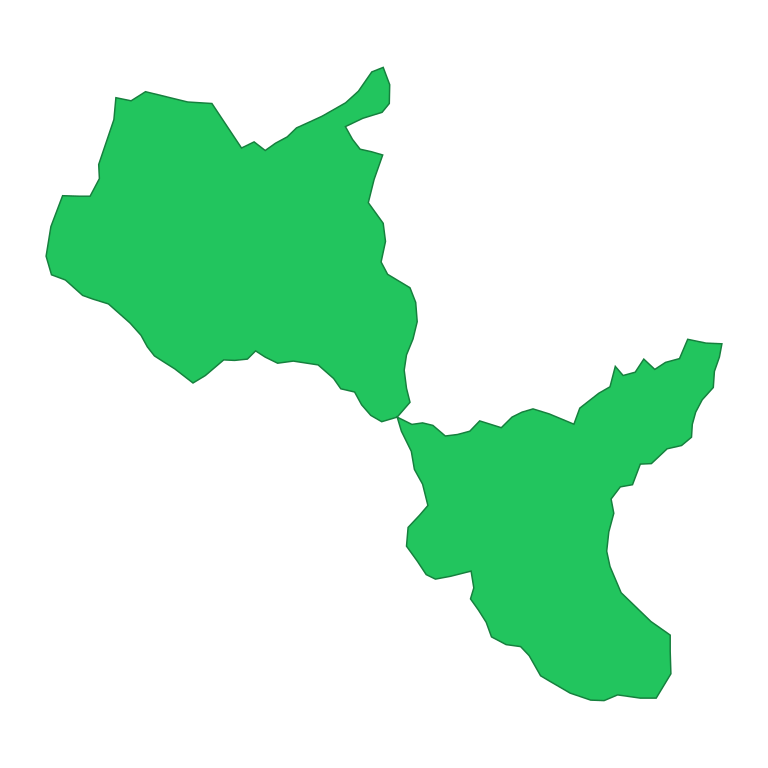 Mauá da Serra, Paraná, Brazil (Natural Earth projection)
{"feature_id": "56859067B71955280503235", "entity_name": "Mauá da Serra", "entity_type": "district", "adm_level": 2, "iso_a3": "BRA", "parent_name": "Brazil", "parent_adm1": "Paraná", "projection": "natural_earth1", "projection_center": [-51.168, -23.916], "detail": "fine", "context": "isolated", "style": "filled", "palette": "green", "viewbox_px": 768, "rotation_deg": 0, "n_neighbors": 0, "source": "geoboundaries", "source_scale": "gbopen_adm2", "svg_char_len": 2011}
<svg xmlns="http://www.w3.org/2000/svg" viewBox="0 0 768 768"><path d="M397.2,417.1L410.0,402.3L406.5,388.3L404.2,370.2L406.5,354.9L413.0,339.0L417.2,321.7L415.7,302.4L410.0,287.8L387.6,274.3L381.1,262.0L385.5,241.4L383.2,223.3L368.3,202.7L374.1,179.4L382.7,155.0L371.4,151.7L360.1,149.2L352.5,139.4L345.4,126.6L362.8,118.3L382.1,112.3L389.3,103.5L389.7,84.7L383.2,67.4L371.8,71.9L358.4,91.2L345.6,102.8L321.9,116.3L308.2,122.6L296.5,127.9L287.2,136.9L275.5,143.2L265.2,150.5L254.1,141.9L241.5,148.0L211.9,103.5L187.7,102.0L145.5,91.7L131.1,100.8L115.9,97.7L113.9,119.6L98.7,164.5L99.4,178.6L90.1,196.2L79.0,196.2L62.6,195.7L55.1,215.5L50.9,226.6L46.1,256.2L51.5,274.8L65.4,280.0L82.6,295.4L92.9,299.1L108.4,303.9L130.0,323.0L141.0,335.3L147.3,346.8L154.4,355.9L164.5,362.4L174.8,368.9L193.0,383.0L205.4,375.5L223.7,359.9L234.6,360.4L247.4,359.1L255.6,350.9L265.2,357.1L277.6,363.2L293.3,361.1L318.1,364.9L333.6,378.5L340.8,388.8L354.6,392.0L361.6,404.8L370.8,415.4L381.7,421.7L397.2,417.1ZM656.2,698.1L670.9,673.8L670.2,651.2L670.2,635.1L650.9,621.5L621.1,592.7L610.0,566.5L606.7,551.2L608.8,531.9L613.8,513.3L611.1,499.0L620.3,486.9L632.5,484.7L640.3,464.1L651.4,463.6L667.1,448.8L681.6,445.5L691.5,437.2L692.3,424.4L695.7,412.1L702.2,399.8L713.3,387.5L714.4,371.4L719.4,357.1L721.9,343.8L706.0,343.1L687.7,339.3L679.5,358.6L665.5,362.4L654.8,369.4L643.8,359.1L635.2,372.2L623.1,375.5L615.3,366.4L610.0,386.8L598.7,393.3L579.8,408.1L573.9,424.2L549.2,413.9L533.0,408.9L522.1,412.1L512.0,417.1L501.3,427.7L479.7,420.9L469.8,431.2L457.5,434.5L445.3,436.0L432.9,425.4L422.6,422.9L411.9,424.4L397.2,417.1L401.4,431.2L411.3,451.3L414.4,469.4L422.6,484.2L427.9,505.5L419.5,515.3L408.1,527.4L406.5,546.2L417.2,561.0L426.2,574.6L435.4,579.1L450.5,576.3L471.1,571.1L473.8,587.9L470.5,598.9L478.4,610.0L486.2,622.3L491.5,636.9L506.1,644.6L520.6,646.6L529.2,655.7L540.6,675.8L550.2,681.5L570.1,693.1L590.7,700.1L604.1,700.6L617.6,694.9L640.2,698.1L656.2,698.1Z" fill="#22c55e" stroke="#15803d" stroke-width="1.5"/></svg>